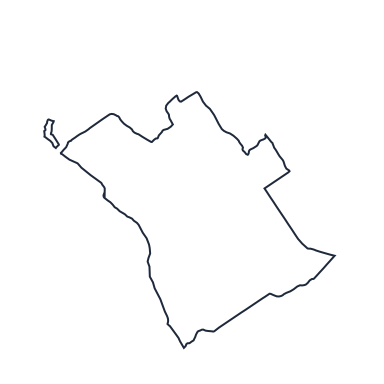 outline of Angola, rotated 326°
{"feature_id": "AGO", "entity_name": "Angola", "entity_type": "country or territory", "adm_level": 0, "iso_a3": "AGO", "parent_name": "Africa", "parent_adm1": "", "projection": "equal_earth", "projection_center": [17.424, -11.224], "detail": "fine", "context": "isolated", "style": "outline", "palette": "slate", "viewbox_px": 384, "rotation_deg": 326, "n_neighbors": 0, "source": "natural_earth", "source_scale": "50m", "svg_char_len": 4136}
<svg xmlns="http://www.w3.org/2000/svg" viewBox="0 0 384 384"><g transform="rotate(326 192 192)"><path d="M284.9,185.6L285.2,188.3L285.5,192.1L285.7,194.8L286.0,196.0L286.1,196.6L285.8,197.3L285.5,198.9L285.1,200.4L284.9,201.4L285.0,203.2L284.9,205.9L284.7,208.7L284.6,211.3L285.1,216.1L285.0,217.6L284.3,220.1L283.7,222.0L283.4,224.2L283.3,225.4L284.6,228.6L284.5,229.3L283.5,229.5L282.6,229.6L279.5,229.6L274.9,229.6L270.4,229.6L265.8,229.6L261.6,229.6L257.6,229.6L254.1,229.6L254.1,232.8L254.0,239.4L254.0,246.0L253.9,252.6L253.9,259.2L253.9,265.8L253.8,272.3L253.8,278.9L253.7,285.5L253.7,290.2L254.5,296.5L256.2,303.4L256.8,304.0L258.5,305.2L260.8,307.8L262.1,309.8L264.7,313.1L268.3,317.4L271.6,321.3L274.6,324.6L269.9,325.8L263.1,327.5L258.6,328.7L253.0,330.0L249.4,330.9L244.8,332.0L244.1,332.0L242.8,331.2L240.2,331.1L237.1,332.1L234.6,332.4L232.8,331.9L231.0,331.0L229.3,329.7L226.3,329.2L222.0,329.5L217.9,329.3L213.9,328.4L211.1,328.1L209.4,328.3L207.5,328.0L205.6,327.2L203.9,325.9L202.0,323.2L200.4,320.6L200.0,320.2L199.6,319.8L199.1,319.7L194.7,319.7L190.6,319.6L188.2,319.6L182.4,319.6L176.6,319.6L170.8,319.6L165.0,319.5L159.2,319.5L153.4,319.5L147.6,319.5L141.8,319.5L138.7,319.5L135.8,319.7L132.7,319.9L132.2,319.8L131.4,319.5L130.9,318.9L129.2,317.5L127.7,316.3L125.7,314.5L124.4,312.4L123.3,311.7L121.3,311.4L119.9,311.0L118.7,310.9L116.6,311.9L115.0,312.9L113.9,313.8L112.0,314.9L110.3,315.9L107.5,315.8L106.8,315.9L105.3,315.9L103.7,314.9L102.2,315.0L100.5,316.2L98.1,316.7L98.6,309.0L99.2,305.5L99.1,301.5L98.7,290.9L98.2,289.4L97.9,287.7L99.4,286.4L100.2,285.4L101.2,283.7L101.9,281.2L102.7,275.8L105.8,263.2L107.2,250.9L109.1,245.1L109.7,238.6L115.0,230.1L116.3,224.9L119.0,222.4L122.9,219.6L125.6,214.8L127.0,211.5L128.5,205.0L128.4,198.3L129.4,189.4L129.1,186.8L127.7,183.2L127.4,180.6L126.0,178.1L124.6,176.2L123.9,172.9L121.3,167.5L120.6,163.9L119.4,161.4L119.2,158.2L118.6,154.9L117.3,151.6L116.1,147.8L116.1,146.6L116.8,145.2L117.5,144.7L117.3,145.4L116.8,146.3L117.0,146.9L121.6,140.3L121.9,139.0L121.8,137.5L121.7,135.8L121.9,133.7L117.4,121.4L113.9,110.0L113.2,104.3L108.5,96.7L106.7,91.8L105.6,88.3L104.8,87.0L105.1,86.3L106.3,86.1L109.0,85.3L112.7,84.5L116.0,82.5L116.9,81.6L118.7,81.4L120.6,81.9L121.2,81.5L121.6,81.5L125.9,81.5L127.7,81.4L131.0,81.4L133.1,81.6L134.3,81.8L137.5,82.2L141.5,82.1L143.0,81.9L148.2,81.8L153.4,81.7L158.1,81.6L163.2,81.6L167.2,81.6L169.0,82.3L170.6,83.7L171.3,84.9L171.7,85.5L172.2,86.8L173.1,87.8L173.4,89.4L173.1,91.6L173.3,94.2L173.8,97.3L174.9,100.5L176.5,103.8L177.2,106.5L177.0,108.5L177.5,110.6L178.8,112.8L179.7,113.9L180.2,114.8L181.6,118.2L184.1,123.6L186.1,127.6L186.7,128.1L187.7,127.9L189.8,127.5L191.9,127.4L193.3,128.2L193.9,128.1L196.2,126.5L198.4,126.0L200.7,125.4L201.9,124.7L203.3,124.7L207.1,126.0L207.8,126.0L210.9,126.0L213.9,125.3L214.4,119.9L214.4,118.8L215.1,116.8L216.1,115.0L216.2,113.3L216.1,111.0L216.8,108.2L218.9,106.0L222.2,104.9L224.1,104.7L227.1,104.1L231.6,103.5L233.2,103.5L233.4,103.9L232.4,107.7L232.4,109.0L232.7,110.3L233.5,111.0L238.2,111.1L242.5,111.1L247.5,111.4L251.2,111.6L251.6,111.8L252.0,112.0L252.6,114.0L252.4,117.7L251.6,123.2L251.9,128.3L253.3,133.1L253.4,140.4L252.9,144.8L252.2,150.3L251.9,156.5L252.6,159.1L254.0,161.8L256.2,164.7L257.8,168.4L259.0,172.9L259.4,175.7L259.1,176.9L259.1,178.9L259.4,181.8L259.0,183.8L257.8,184.7L257.4,186.0L258.0,188.5L258.1,190.8L258.6,191.6L258.9,192.2L259.5,192.3L260.7,191.5L262.1,190.0L263.3,189.4L264.9,189.5L267.2,189.9L271.2,190.0L272.4,189.8L276.2,187.7L277.2,187.6L278.6,187.8L280.7,188.4L282.8,188.5L283.9,187.9L284.0,187.1L284.3,186.0L284.9,185.6ZM117.0,55.9L116.7,56.3L115.0,57.2L113.2,58.1L110.8,61.6L109.6,63.1L109.2,63.5L108.1,64.3L107.4,65.0L107.4,65.4L107.9,65.9L108.5,66.7L108.4,72.4L108.2,78.1L107.9,78.5L106.4,78.7L104.4,79.1L103.7,79.4L103.5,78.8L102.8,76.7L103.2,74.8L103.6,73.3L103.1,70.3L102.1,67.7L101.0,64.3L100.6,63.6L101.6,62.6L102.9,60.2L103.5,58.9L105.1,58.7L105.7,57.8L106.1,56.4L106.3,55.6L108.1,54.9L110.3,53.8L111.5,52.5L112.7,51.7L113.5,51.6L114.0,52.0L115.4,54.2L116.6,55.6L117.0,55.9Z" fill="none" stroke="#1e293b" stroke-width="2"/></g></svg>